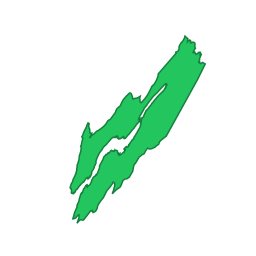 Gratangen nor, Norway (Equal Earth projection), rotated 299°
{"feature_id": "86288312B27152726766865", "entity_name": "Gratangen nor", "entity_type": "district", "adm_level": 2, "iso_a3": "NOR", "parent_name": "Norway", "parent_adm1": "", "projection": "equal_earth", "projection_center": [17.46, 68.708], "detail": "fine", "context": "isolated", "style": "filled", "palette": "green", "viewbox_px": 256, "rotation_deg": 299, "n_neighbors": 0, "source": "geoboundaries", "source_scale": "gbopen_adm2", "svg_char_len": 5894}
<svg xmlns="http://www.w3.org/2000/svg" viewBox="0 0 256 256"><g transform="rotate(299 128 128)"><path d="M221.4,164.5L221.5,161.5L219.3,160.0L219.5,159.3L220.6,158.6L220.0,158.0L222.5,157.5L223.6,156.9L228.0,156.4L228.1,156.0L227.2,155.4L229.3,154.7L229.1,154.1L228.7,153.9L228.6,153.3L227.0,152.9L226.9,152.5L225.8,152.2L225.4,151.8L225.7,150.9L226.8,149.7L226.7,148.9L224.9,148.5L227.2,148.1L230.5,148.3L230.8,147.5L234.5,145.5L234.9,144.7L234.6,143.1L233.2,142.0L233.2,141.7L232.9,141.4L234.5,140.7L234.8,139.9L234.3,139.4L234.6,139.1L233.8,138.5L232.3,138.2L235.2,137.0L235.6,134.6L236.0,133.3L234.0,133.8L231.2,133.8L229.3,133.6L228.7,133.2L227.9,133.1L224.7,133.1L224.0,133.2L221.7,134.4L220.1,134.5L218.4,134.0L217.9,133.5L217.9,133.2L217.6,133.1L216.8,133.3L216.6,133.8L190.0,128.2L188.6,128.9L186.3,129.4L183.5,129.7L179.4,129.7L176.0,128.7L172.1,129.0L166.5,129.1L162.2,128.6L157.1,127.5L156.5,127.3L156.9,125.6L158.3,125.0L159.4,123.9L161.7,123.3L159.4,122.0L158.5,121.3L157.7,120.2L155.8,118.3L158.1,116.0L159.7,114.0L159.8,113.2L159.2,112.3L153.9,110.8L150.9,110.2L147.4,110.1L143.5,110.5L142.3,109.9L139.7,109.0L137.5,109.0L135.3,109.4L126.9,108.3L125.2,107.1L124.5,106.9L120.6,106.7L117.1,105.8L111.9,103.5L109.8,102.1L106.5,101.2L103.8,99.9L101.3,99.5L100.5,99.1L104.2,99.1L106.0,98.9L105.1,97.3L108.6,94.9L109.0,94.2L110.6,92.7L112.9,92.0L113.1,90.6L110.5,90.7L108.7,91.1L103.3,91.3L101.4,91.5L100.0,92.0L98.0,91.8L97.3,92.6L97.3,93.3L96.8,93.6L94.6,94.1L90.4,95.4L89.0,95.5L88.8,96.2L85.8,97.6L83.8,98.2L80.1,98.9L76.0,100.7L75.0,100.7L72.7,101.4L71.3,101.4L69.4,102.2L69.0,102.6L68.4,102.6L65.6,103.8L62.5,104.5L61.7,104.4L62.0,104.6L59.8,104.8L56.6,104.9L54.0,105.6L52.2,105.4L48.4,106.1L47.5,106.5L47.3,107.0L47.5,107.2L47.5,107.6L46.7,108.1L46.7,108.4L45.3,109.3L43.9,109.8L43.6,110.4L43.7,111.0L43.8,111.2L45.1,111.7L44.5,112.3L46.9,112.9L47.5,112.5L48.1,112.5L49.1,112.7L49.3,113.0L49.8,113.2L53.5,113.6L57.7,114.6L58.5,114.8L59.2,115.4L63.9,115.8L65.2,116.7L65.1,117.1L63.8,117.4L65.1,117.7L64.5,117.9L65.0,118.1L66.6,118.0L66.3,118.3L66.5,118.6L69.9,118.5L70.7,118.2L71.1,117.7L72.1,117.6L76.6,117.7L77.5,117.5L78.0,117.1L79.9,117.2L81.5,117.0L82.1,116.9L83.5,116.0L87.0,115.4L92.1,115.1L96.7,115.8L98.1,115.7L100.0,116.0L103.2,117.1L104.6,117.3L109.1,118.3L110.1,118.4L112.5,119.3L112.6,119.9L113.2,120.4L113.1,120.6L113.3,120.9L114.3,121.3L114.1,121.7L114.7,121.5L114.8,121.8L115.7,122.3L114.8,122.9L115.2,123.4L114.0,124.1L114.0,124.4L114.3,124.7L113.9,125.3L114.6,125.9L114.6,126.2L115.5,126.7L116.2,127.3L117.2,127.8L118.4,128.1L118.4,128.4L118.0,128.4L118.1,128.5L117.9,128.7L117.2,129.0L117.3,129.3L116.9,129.7L117.1,130.1L117.5,130.1L117.6,130.6L118.0,130.8L121.2,131.3L123.7,132.0L129.0,132.8L130.7,133.4L131.7,133.3L133.4,133.7L134.5,133.6L139.7,134.9L141.7,134.2L141.7,133.9L142.1,133.9L141.5,133.5L140.4,133.5L140.3,133.2L141.7,133.2L141.0,133.0L143.2,132.6L151.4,132.8L153.4,132.6L155.9,133.2L160.5,133.6L168.0,134.8L172.5,136.2L183.3,138.8L184.8,139.5L184.4,140.0L184.4,140.5L184.7,140.2L184.9,140.3L184.4,140.5L184.1,140.5L184.1,140.8L185.4,141.1L183.5,141.0L182.8,140.8L182.2,140.9L181.7,141.4L181.9,141.4L181.5,141.4L182.4,141.7L181.0,141.4L180.7,141.3L181.5,141.2L180.8,141.0L178.6,141.2L178.3,141.0L177.4,140.9L177.0,140.6L175.6,140.4L175.0,140.0L173.9,139.9L172.8,139.4L168.2,138.3L167.1,138.3L166.6,138.0L165.2,137.7L163.0,137.5L161.4,137.0L159.6,137.0L157.3,136.5L154.6,136.2L151.9,135.4L147.4,135.7L145.6,136.1L143.4,135.5L141.1,135.9L140.3,135.8L140.0,135.9L140.4,136.1L140.0,136.5L138.5,136.8L137.9,137.3L137.2,137.3L135.6,137.9L133.5,138.1L132.9,138.0L132.4,138.2L130.6,138.0L127.8,138.1L127.1,137.9L126.5,138.1L124.3,137.9L123.8,138.1L123.0,137.7L122.3,138.0L121.1,137.9L120.9,138.2L119.4,137.4L118.0,137.4L116.6,137.1L116.1,137.3L114.5,136.9L114.2,137.1L113.5,137.0L113.7,136.7L113.2,136.4L113.6,136.7L113.4,137.0L112.5,136.9L112.4,137.0L112.6,137.2L111.6,137.2L110.7,136.7L110.6,136.3L111.0,135.8L110.0,135.1L108.9,135.0L107.9,134.6L107.5,134.8L107.3,135.2L107.7,135.3L107.5,135.6L108.1,135.7L108.2,136.1L108.4,136.2L105.8,136.3L105.9,136.2L105.6,136.2L101.5,134.7L101.3,134.5L101.5,134.5L101.0,134.3L101.2,134.2L100.9,134.2L100.9,133.7L100.6,133.6L101.5,133.3L101.2,133.2L101.0,132.9L100.7,132.7L100.9,132.6L100.5,132.4L100.9,132.0L100.8,131.9L101.0,131.8L100.8,131.7L101.0,131.5L102.1,130.3L102.8,129.9L102.9,129.1L102.8,128.6L102.1,127.8L102.5,127.1L101.4,127.2L101.0,127.0L101.1,126.6L100.3,126.2L100.5,125.3L99.8,124.3L100.0,124.2L99.1,123.7L98.4,123.9L97.1,123.7L96.7,123.3L96.8,122.7L95.1,122.5L94.8,122.1L93.8,121.9L93.9,121.6L91.9,121.2L91.5,120.9L89.4,121.1L88.5,121.4L81.2,121.4L79.4,122.4L74.4,123.1L71.7,123.2L70.6,122.8L70.9,122.6L70.0,122.5L68.2,121.6L65.1,121.6L63.6,122.0L60.4,122.2L58.9,121.8L58.0,121.3L57.0,121.1L57.4,120.8L57.3,120.7L57.9,120.7L57.8,120.3L58.8,120.1L58.3,120.0L58.5,119.8L58.1,119.6L58.0,119.3L57.0,119.0L54.6,119.1L53.1,118.7L50.4,119.3L48.9,119.4L48.1,119.1L48.4,118.8L47.6,118.7L42.6,119.7L40.7,120.4L37.8,120.8L36.9,120.7L35.4,121.0L34.2,121.7L28.3,122.3L21.8,123.8L22.8,125.1L23.3,125.5L24.3,126.0L25.2,126.0L28.0,126.8L28.3,127.2L27.5,127.6L26.9,128.1L25.2,128.7L20.0,129.6L23.2,130.2L24.6,130.8L24.9,131.2L25.2,131.9L25.3,132.7L25.9,133.7L37.4,135.5L37.4,136.1L38.6,136.7L37.1,138.5L39.4,140.0L41.7,140.1L42.9,139.9L45.4,139.2L47.7,139.2L50.5,139.4L54.4,140.1L55.7,140.2L63.0,139.9L67.0,140.8L72.2,141.4L73.4,141.2L73.5,142.3L73.1,143.0L72.2,143.8L71.1,144.3L66.7,145.5L62.8,146.1L67.8,147.5L72.4,149.7L74.3,149.8L78.3,149.2L79.9,149.2L81.7,150.0L82.1,150.3L83.3,151.9L85.3,152.7L85.6,153.0L92.4,153.1L98.3,151.2L102.0,151.7L107.8,151.8L111.6,153.4L113.4,154.6L116.6,154.5L118.9,154.7L120.0,155.0L119.9,156.4L120.3,157.5L121.8,159.1L124.3,160.9L126.2,161.5L128.5,162.7L131.2,162.3L133.2,162.8L139.5,165.4L204.5,165.3L221.4,164.5Z" fill="#22c55e" stroke="#15803d" stroke-width="1.5"/></g></svg>